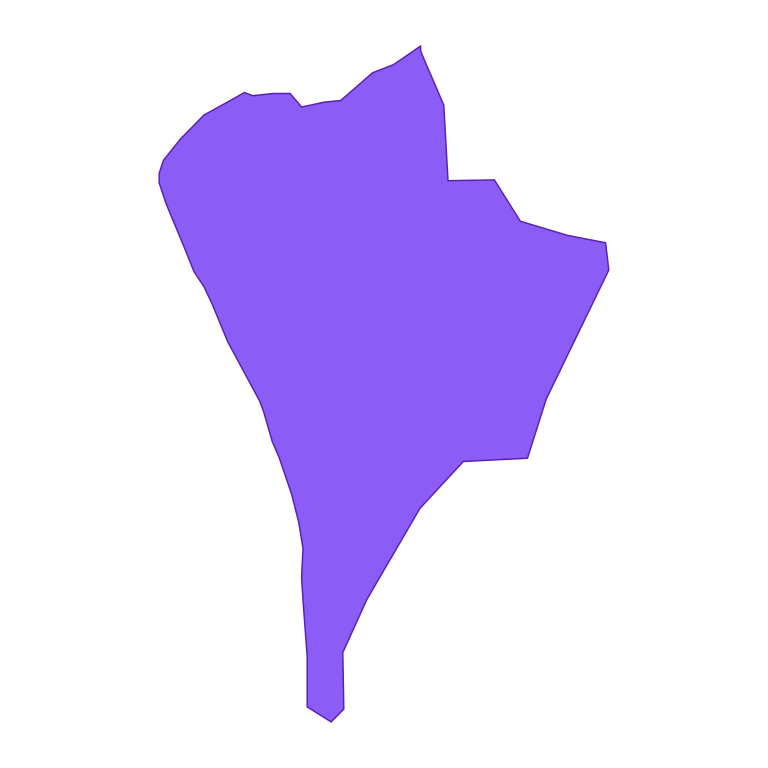 outline of Zongo, Équateur, Democratic Republic of the Congo
{"feature_id": "63176286B53748739739840", "entity_name": "Zongo", "entity_type": "district", "adm_level": 2, "iso_a3": "COD", "parent_name": "Democratic Republic of the Congo", "parent_adm1": "Équateur", "projection": "natural_earth1", "projection_center": [18.69, 4.178], "detail": "fine", "context": "isolated", "style": "filled", "palette": "violet", "viewbox_px": 768, "rotation_deg": 0, "n_neighbors": 0, "source": "geoboundaries", "source_scale": "gbopen_adm2", "svg_char_len": 864}
<svg xmlns="http://www.w3.org/2000/svg" viewBox="0 0 768 768"><path d="M420.5,46.1L393.6,64.6L372.7,72.7L340.7,100.5L324.0,102.2L301.6,107.0L290.1,93.5L273.2,93.5L252.8,95.7L244.4,92.5L233.2,98.9L203.9,115.1L180.2,139.3L163.4,160.4L159.2,173.3L159.2,183.0L166.2,204.0L184.4,247.7L194.1,271.9L203.9,286.5L212.3,304.3L227.6,341.5L259.8,401.3L263.9,412.6L272.3,441.7L279.3,457.9L291.9,495.1L298.8,522.6L303.0,548.4L301.6,577.6L303.0,600.2L307.2,656.8L307.2,706.9L322.8,716.7L331.1,721.9L343.8,709.1L342.8,652.5L366.8,599.6L377.5,581.2L419.9,508.4L463.3,461.5L527.5,458.2L531.4,445.8L546.2,399.1L608.8,270.0L606.1,246.8L605.6,242.8L578.3,237.5L566.5,235.1L529.5,224.0L520.4,221.3L508.3,202.1L496.4,183.1L494.3,179.9L483.9,180.1L448.0,180.7L447.2,166.3L443.8,105.3L432.7,79.3L427.3,66.9L420.8,51.5L420.5,46.1Z" fill="#8b5cf6" stroke="#5b21b6" stroke-width="1.5"/></svg>